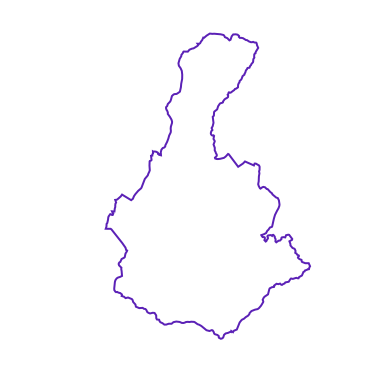 outline of San Francisco, Cundinamarca, Colombia, rotated 166°
{"feature_id": "7082276B70253343693819", "entity_name": "San Francisco", "entity_type": "district", "adm_level": 2, "iso_a3": "COL", "parent_name": "Colombia", "parent_adm1": "Cundinamarca", "projection": "mercator", "projection_center": [-74.284, 4.953], "detail": "fine", "context": "isolated", "style": "outline", "palette": "violet", "viewbox_px": 384, "rotation_deg": 166, "n_neighbors": 0, "source": "geoboundaries", "source_scale": "gbopen_adm2", "svg_char_len": 6016}
<svg xmlns="http://www.w3.org/2000/svg" viewBox="0 0 384 384"><g transform="rotate(166 192 192)"><path d="M96.9,311.2L96.9,311.6L95.7,313.1L92.9,315.8L93.4,318.7L93.3,320.7L93.6,321.4L95.3,322.0L96.4,322.9L97.5,322.8L98.6,323.1L100.3,324.3L101.8,326.0L102.9,326.4L105.3,328.9L107.0,329.7L108.3,330.0L109.0,331.2L108.6,332.0L109.7,333.6L111.4,334.4L113.9,334.9L115.8,333.5L117.8,330.4L119.0,330.1L120.5,332.7L122.6,334.3L123.0,336.1L123.6,336.8L126.1,338.1L132.2,340.2L133.9,340.5L136.4,341.4L140.0,340.2L143.0,338.7L143.7,339.1L145.3,337.0L146.9,335.8L148.1,334.4L149.0,334.1L150.7,334.5L150.2,333.3L151.4,332.4L155.7,331.0L157.3,331.1L160.0,330.7L162.1,329.2L166.1,330.3L166.4,330.2L167.3,329.0L169.1,327.6L169.6,326.3L171.7,324.2L174.0,320.2L174.2,317.7L173.1,314.8L172.6,312.0L173.1,308.2L174.2,304.1L176.3,299.6L177.4,296.4L179.4,292.4L179.8,292.1L182.5,291.1L183.4,290.9L185.2,291.2L186.2,291.1L187.9,290.2L188.3,289.9L190.1,286.6L191.2,285.1L194.2,283.2L195.3,281.4L196.6,280.6L196.9,279.8L196.9,278.0L196.5,277.2L196.2,275.1L196.6,273.6L195.3,270.4L194.4,267.2L194.3,265.1L194.7,263.8L196.7,260.5L197.4,258.5L197.7,256.4L198.3,254.9L200.5,252.3L202.0,249.6L204.0,246.7L206.6,243.7L207.0,242.6L208.1,241.9L209.8,241.7L211.4,240.5L212.7,238.1L213.2,235.1L214.9,236.0L214.9,236.9L215.8,237.3L215.6,238.4L216.2,239.0L217.3,239.9L219.1,240.5L219.7,240.4L220.1,240.8L220.5,238.8L221.4,238.1L221.7,236.9L223.0,237.0L223.5,232.9L224.2,232.4L225.4,232.3L225.7,232.0L226.9,227.8L227.7,223.3L228.7,221.8L229.9,220.4L230.9,218.8L234.6,216.1L239.9,208.5L240.5,207.9L244.0,206.1L247.5,203.6L249.3,202.0L251.0,199.7L253.0,198.8L260.5,206.4L262.3,204.9L266.0,203.0L266.9,202.7L268.4,202.9L268.2,200.1L269.1,199.2L269.7,197.6L270.1,196.0L270.9,194.7L272.0,191.8L274.3,192.6L274.0,190.8L273.6,190.1L274.5,188.9L275.1,189.0L276.2,190.1L276.7,190.3L278.7,188.6L279.3,187.8L280.2,185.4L281.7,182.4L282.6,181.7L283.4,179.1L284.6,177.2L279.9,176.0L279.2,175.2L272.0,159.3L270.0,154.1L269.9,151.6L269.1,150.9L269.7,150.0L271.4,148.4L273.0,145.1L273.6,144.7L276.5,144.0L278.5,141.5L279.4,141.3L280.3,140.5L280.6,139.7L280.5,138.4L278.8,135.6L279.3,134.4L279.4,132.4L280.2,127.5L282.4,127.0L284.4,126.9L285.4,126.6L286.1,126.3L287.7,124.9L288.6,123.3L290.8,117.2L291.1,115.6L290.5,113.9L289.9,113.2L288.7,113.1L287.8,112.2L286.1,111.3L284.8,109.6L284.9,108.9L285.4,108.1L283.4,106.9L282.1,105.1L279.6,105.1L276.3,102.7L275.8,101.7L275.7,99.5L274.1,96.5L274.2,94.3L271.3,92.1L267.9,91.5L267.0,90.4L265.5,89.7L264.9,88.7L264.4,86.3L263.5,85.3L262.1,84.3L259.2,84.3L257.6,83.7L256.6,81.0L257.2,78.2L256.9,76.8L254.8,76.0L254.7,74.5L254.2,73.3L252.4,71.9L250.9,70.0L249.1,69.6L246.3,69.8L243.7,69.1L241.5,70.2L238.6,70.1L235.4,68.9L233.5,67.4L232.1,67.0L230.7,67.0L229.2,67.3L227.3,67.0L226.2,66.5L224.1,66.3L221.5,65.5L220.8,65.0L218.6,62.4L217.2,61.5L215.4,59.8L211.4,54.4L208.7,52.9L206.2,53.2L205.5,52.8L204.9,51.3L204.7,49.2L204.2,48.5L201.9,47.1L200.9,45.7L201.2,44.3L201.1,44.0L199.5,42.6L198.0,42.7L196.9,43.3L195.4,45.7L193.6,46.6L191.0,46.6L188.4,47.1L188.0,46.7L187.8,46.9L188.0,47.1L187.7,47.5L187.5,47.1L187.2,47.2L186.9,46.8L186.9,46.6L186.4,46.5L186.1,46.1L185.4,46.9L184.6,47.3L181.8,47.7L177.3,53.9L175.1,55.6L174.1,56.1L172.4,56.4L170.1,57.6L167.6,58.4L166.0,59.5L165.4,60.6L163.1,62.1L159.3,62.6L156.6,62.5L155.0,63.2L152.5,65.0L149.6,67.9L149.3,68.6L149.5,70.3L147.9,72.2L146.8,72.9L143.0,74.3L140.5,79.0L139.9,79.7L137.4,80.3L135.5,80.0L135.1,80.4L135.0,81.3L132.2,82.5L130.5,81.7L128.7,81.8L127.9,80.5L127.2,80.1L125.6,80.7L124.4,80.8L123.3,81.7L119.9,81.5L117.7,83.6L116.8,84.1L115.2,83.3L111.6,83.5L110.1,82.6L109.5,82.5L108.7,83.5L105.5,84.4L103.2,87.5L102.0,87.7L101.4,88.5L99.2,88.7L98.4,89.1L97.7,88.8L97.2,88.8L96.4,90.4L95.4,91.4L96.0,94.7L99.3,95.5L102.0,97.4L102.3,97.8L102.2,99.7L104.0,100.9L105.1,102.6L105.0,103.1L103.8,103.9L103.7,104.5L105.1,105.7L105.5,107.0L106.5,107.8L106.5,108.2L105.8,109.7L106.0,111.5L106.5,112.3L108.0,113.4L109.4,116.3L109.1,117.9L109.4,120.6L106.5,121.4L106.1,122.2L108.1,126.9L109.0,127.3L111.2,127.3L112.5,125.4L114.3,126.1L115.8,126.2L116.5,125.6L116.6,124.7L118.3,123.6L119.8,123.8L122.4,122.8L123.0,123.8L122.3,126.0L122.7,127.7L122.5,128.7L123.4,130.7L124.0,130.8L124.9,130.0L125.8,131.1L128.2,131.4L129.1,131.3L129.6,130.6L129.4,129.0L129.6,128.5L131.0,127.3L131.8,126.3L132.5,126.1L133.4,127.8L132.7,128.7L132.4,130.2L133.1,130.9L134.4,131.2L135.2,133.1L135.2,133.4L132.6,133.6L130.1,134.2L128.3,136.2L127.1,136.8L125.3,138.4L124.9,138.7L123.0,138.8L122.5,139.3L119.0,146.3L117.0,149.7L114.2,153.0L112.1,155.2L110.6,157.4L110.1,158.8L109.7,162.8L110.2,165.3L111.7,166.3L114.3,169.9L114.6,170.3L114.6,171.2L116.0,173.0L117.9,176.5L118.8,176.9L120.0,178.9L121.5,179.7L122.6,179.6L124.7,178.7L125.2,179.2L125.8,181.7L125.9,183.6L124.7,186.2L123.3,191.0L122.1,193.7L121.9,195.9L121.1,197.1L120.3,200.1L120.5,201.5L123.2,204.1L124.4,204.4L125.5,202.8L133.2,208.8L135.6,207.3L141.1,205.3L147.2,219.7L147.8,220.2L150.8,218.2L152.8,217.4L156.8,217.4L158.9,217.7L160.2,218.1L161.4,218.9L161.4,219.8L160.1,220.4L159.2,221.2L159.0,221.8L159.0,222.6L159.4,223.8L159.5,225.4L159.9,226.8L159.2,229.4L159.6,232.9L157.7,235.6L157.7,236.3L158.3,238.3L157.0,241.1L157.4,241.8L158.4,241.8L159.1,242.3L159.6,243.5L159.5,244.6L158.6,246.3L157.2,247.2L157.5,249.3L156.1,250.7L154.4,253.9L153.7,259.9L152.3,260.8L151.3,264.0L150.9,264.6L147.6,266.1L145.9,268.9L143.7,270.9L143.1,271.2L140.7,271.3L140.3,271.5L140.0,272.3L138.1,273.9L136.8,274.5L135.9,274.6L134.2,275.3L133.6,276.6L133.9,277.7L133.3,278.1L132.4,279.6L132.0,279.8L131.1,279.1L130.3,279.1L127.0,280.5L126.5,280.6L125.3,281.6L124.2,281.6L122.1,282.4L121.3,284.9L120.3,286.3L119.5,286.8L118.9,288.2L117.2,289.1L116.4,289.9L114.9,292.2L112.7,293.2L112.5,293.9L111.4,295.0L110.3,296.9L108.9,297.9L108.4,298.7L108.0,298.9L106.2,298.7L104.9,300.4L104.1,300.8L103.4,301.8L101.5,303.1L100.9,304.2L100.8,304.8L100.3,306.1L99.0,307.3L99.0,308.1L98.3,310.4L97.7,311.0L96.9,311.2Z" fill="none" stroke="#5b21b6" stroke-width="2"/></g></svg>